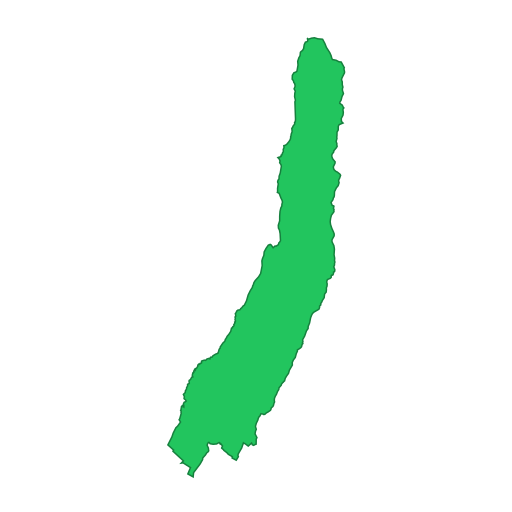 the district of Fitionesti, Vrancea, Romania, rotated 73°
{"feature_id": "2599482B51632245655784", "entity_name": "Fitionesti", "entity_type": "district", "adm_level": 2, "iso_a3": "ROU", "parent_name": "Romania", "parent_adm1": "Vrancea", "projection": "natural_earth1", "projection_center": [26.998, 46.013], "detail": "fine", "context": "isolated", "style": "filled", "palette": "green", "viewbox_px": 512, "rotation_deg": 73, "n_neighbors": 0, "source": "geoboundaries", "source_scale": "gbopen_adm2", "svg_char_len": 6121}
<svg xmlns="http://www.w3.org/2000/svg" viewBox="0 0 512 512"><g transform="rotate(73 256 256)"><path d="M404.3,389.2L410.9,395.5L417.2,391.7L417.5,391.5L418.4,392.5L418.6,392.4L430.7,385.3L432.2,388.0L432.5,386.2L439.2,380.5L444.5,384.9L448.9,380.7L444.9,379.0L438.5,370.2L435.1,366.6L433.6,366.0L431.4,362.4L429.9,360.8L429.2,359.0L428.5,358.2L425.7,357.7L422.7,358.1L421.5,357.3L420.4,356.0L420.7,355.2L422.1,354.8L423.5,352.0L424.2,348.6L423.6,346.0L423.7,345.6L425.4,345.2L425.1,344.6L427.9,343.6L429.6,345.0L429.9,344.9L431.7,343.7L432.4,343.6L435.5,341.4L437.5,340.5L441.0,337.3L442.2,337.9L445.5,334.6L442.7,331.5L441.4,331.6L440.0,330.8L435.4,325.8L431.0,322.7L431.8,322.2L431.9,321.6L435.5,319.0L433.6,314.9L435.5,314.7L436.4,313.6L436.0,312.0L436.0,310.9L431.1,309.3L430.0,308.2L425.8,308.9L423.4,307.7L421.8,306.4L419.4,306.4L418.5,306.2L415.9,304.5L413.3,302.1L411.9,301.3L410.5,299.9L410.2,299.1L408.3,297.4L409.2,295.5L409.8,295.1L410.0,293.9L408.9,291.6L408.9,290.7L407.8,287.3L407.2,286.7L405.7,285.8L404.9,283.9L404.0,283.0L402.1,281.9L401.0,280.9L399.3,280.7L397.4,279.9L395.4,278.2L394.4,277.0L391.8,275.0L390.4,273.3L388.7,272.5L387.0,269.7L386.0,269.1L385.0,267.7L384.6,266.7L384.1,266.2L383.8,265.2L381.5,263.8L379.5,261.6L377.8,259.3L374.9,257.4L370.9,253.1L368.5,252.5L366.4,250.7L364.5,248.1L361.1,246.0L359.2,244.3L357.8,243.8L357.4,241.7L356.7,239.9L356.1,239.0L353.9,237.7L353.5,236.8L352.4,236.9L351.8,236.2L349.7,235.9L346.8,232.9L342.3,229.6L340.6,227.4L338.6,226.7L335.8,224.4L331.0,221.8L328.7,220.0L327.5,218.8L326.6,217.0L325.3,211.4L323.9,210.3L322.4,209.8L321.7,208.3L320.5,208.1L319.3,206.6L317.9,205.5L315.8,203.0L312.8,201.7L312.1,201.1L311.1,199.5L309.1,198.6L307.0,198.0L305.6,196.9L303.5,196.1L301.5,196.0L299.7,194.9L299.3,194.1L299.1,191.7L298.5,190.4L296.6,189.7L296.4,188.8L296.7,188.4L296.6,188.0L295.8,187.3L294.0,186.5L294.1,186.0L293.6,185.2L292.1,184.6L289.1,184.8L287.5,183.5L286.5,183.3L284.8,182.3L283.5,182.3L281.1,181.4L277.6,181.0L272.4,179.0L268.9,178.5L265.1,179.1L263.8,179.0L262.6,178.5L259.6,175.4L257.8,174.8L255.6,174.9L251.8,175.4L247.7,175.5L244.8,175.0L241.7,173.6L239.0,171.9L236.7,168.8L236.0,168.3L235.2,168.3L234.4,167.8L233.0,168.0L231.4,167.0L230.8,167.0L230.0,168.3L226.8,168.6L224.7,166.0L222.9,164.9L222.4,164.1L221.1,163.4L217.4,162.1L214.3,159.2L212.8,156.9L210.2,155.1L208.8,155.1L207.4,154.7L206.3,153.5L203.6,151.5L202.3,151.8L199.5,153.7L198.3,155.0L196.1,156.2L193.8,156.1L193.1,155.8L190.5,153.4L189.1,152.8L185.7,154.2L183.7,154.4L182.4,154.3L180.9,153.5L179.3,151.3L178.1,150.8L176.2,147.8L175.0,146.4L172.8,146.1L172.3,145.8L169.9,145.9L167.2,144.2L165.7,144.0L164.9,143.5L161.2,142.3L159.5,140.5L156.0,139.4L154.7,138.1L154.3,133.9L152.4,134.9L149.5,134.3L146.7,131.6L144.2,130.5L141.5,130.1L140.5,129.4L140.1,128.7L139.6,129.0L136.9,129.4L134.4,131.3L133.3,130.7L131.9,129.1L128.6,127.1L126.3,124.9L122.9,124.9L121.4,124.5L119.9,123.5L117.4,123.4L114.7,122.6L112.5,122.7L110.9,121.8L106.7,117.8L105.4,117.4L102.6,117.2L101.8,116.5L95.4,117.8L94.5,119.9L92.2,122.2L90.5,125.4L89.4,125.7L86.3,125.6L83.1,126.0L77.1,127.7L73.0,128.0L68.3,128.9L68.0,129.3L66.4,133.3L64.4,136.3L63.9,139.3L64.0,142.1L63.6,142.9L63.1,143.1L63.2,143.3L64.7,143.4L65.7,143.9L66.0,144.8L65.9,146.2L68.0,148.1L71.5,149.8L73.0,151.4L73.7,153.2L74.2,154.0L77.3,155.3L79.0,157.1L82.0,159.2L85.7,160.0L91.2,162.8L91.8,164.3L91.8,166.1L93.8,168.4L97.5,169.7L99.3,169.0L101.2,169.1L102.4,168.6L104.5,168.8L105.5,169.2L107.3,170.7L109.8,170.2L111.7,171.3L114.9,172.5L117.9,172.7L119.1,173.0L119.9,173.7L136.7,178.2L139.2,179.2L139.3,179.8L139.6,180.1L141.1,180.4L142.7,182.7L143.8,183.4L144.3,184.4L147.7,185.1L149.7,186.7L151.0,187.2L152.2,188.1L153.2,188.3L154.7,189.3L156.3,191.1L158.2,194.0L158.7,195.7L158.6,197.1L160.5,197.5L162.0,198.8L164.1,199.3L165.4,200.7L166.8,201.5L166.8,202.3L168.1,202.9L167.9,203.5L168.4,204.2L168.2,205.6L168.3,206.3L169.8,205.5L172.1,205.2L173.7,206.1L175.9,205.4L177.6,205.5L183.8,208.6L186.5,210.6L188.9,211.4L190.0,212.8L191.5,213.7L193.5,213.6L197.6,215.6L200.7,216.5L201.4,217.0L202.9,215.5L207.9,215.2L210.3,214.8L212.2,214.9L214.1,216.1L215.8,216.7L217.3,218.2L220.4,220.0L224.8,221.7L229.3,223.1L233.1,225.7L235.9,226.4L238.0,226.0L241.7,226.4L248.5,228.1L249.6,229.3L250.1,230.3L251.7,231.3L252.1,232.8L252.5,233.7L252.0,234.9L253.1,237.2L249.8,238.3L249.0,239.1L249.3,240.3L249.1,240.9L251.6,244.1L254.5,247.0L257.7,248.3L260.3,250.5L262.4,251.8L267.0,252.9L274.1,256.7L276.7,259.6L279.3,264.0L280.9,265.8L282.9,267.1L283.7,268.0L284.9,268.6L287.5,271.6L291.0,274.9L296.1,278.2L299.7,281.6L300.0,282.9L301.4,284.8L301.8,286.0L302.3,286.4L302.8,287.3L302.4,289.1L302.9,290.0L302.9,290.4L304.2,291.5L305.2,292.7L305.8,292.6L307.7,293.0L308.2,293.9L309.6,294.0L310.8,294.7L312.1,294.6L312.8,295.0L312.9,295.7L313.9,295.8L315.2,297.3L315.5,297.2L316.3,297.5L316.9,299.0L317.7,299.4L317.8,300.5L320.7,302.2L323.0,304.9L324.3,307.0L326.2,308.8L326.7,309.7L327.6,310.1L328.6,311.1L329.4,312.9L332.5,316.8L333.6,317.2L334.4,318.5L337.7,320.6L337.6,320.9L338.0,321.6L338.0,323.1L338.8,326.3L339.9,327.8L339.5,329.0L340.0,329.7L340.9,330.0L340.8,330.5L340.1,331.3L340.2,333.2L341.1,334.7L340.5,335.8L340.5,338.4L340.7,338.9L342.3,339.3L342.5,340.0L342.3,340.6L342.7,340.8L343.1,341.7L342.6,341.9L342.6,342.4L343.4,343.6L344.3,343.8L345.8,345.5L346.1,346.0L345.9,346.8L346.4,347.8L346.7,347.7L347.1,347.2L347.4,347.3L347.8,347.9L347.4,348.3L347.4,348.7L348.1,349.3L349.0,349.4L349.1,350.2L349.5,350.2L349.6,350.7L350.2,351.1L351.4,351.8L353.2,351.8L353.1,352.9L355.0,354.8L355.4,356.2L356.0,356.6L358.2,357.0L358.4,357.2L358.6,358.7L358.8,359.0L360.3,359.4L361.5,360.8L363.0,361.4L364.2,362.9L365.9,363.6L367.1,365.9L369.4,365.6L371.4,366.5L373.0,365.4L374.3,365.2L374.8,366.1L374.8,367.3L375.8,368.4L377.2,368.8L378.1,368.8L379.3,369.2L378.9,369.5L378.1,369.1L377.3,369.6L377.4,370.1L378.5,371.5L378.9,371.3L379.7,372.1L380.8,372.4L381.5,373.2L382.4,372.9L383.5,373.4L384.4,373.4L389.3,376.5L390.1,377.4L392.7,376.7L395.8,380.7L396.8,382.8L401.2,387.0L404.3,389.2Z" fill="#22c55e" stroke="#15803d" stroke-width="1.5"/></g></svg>